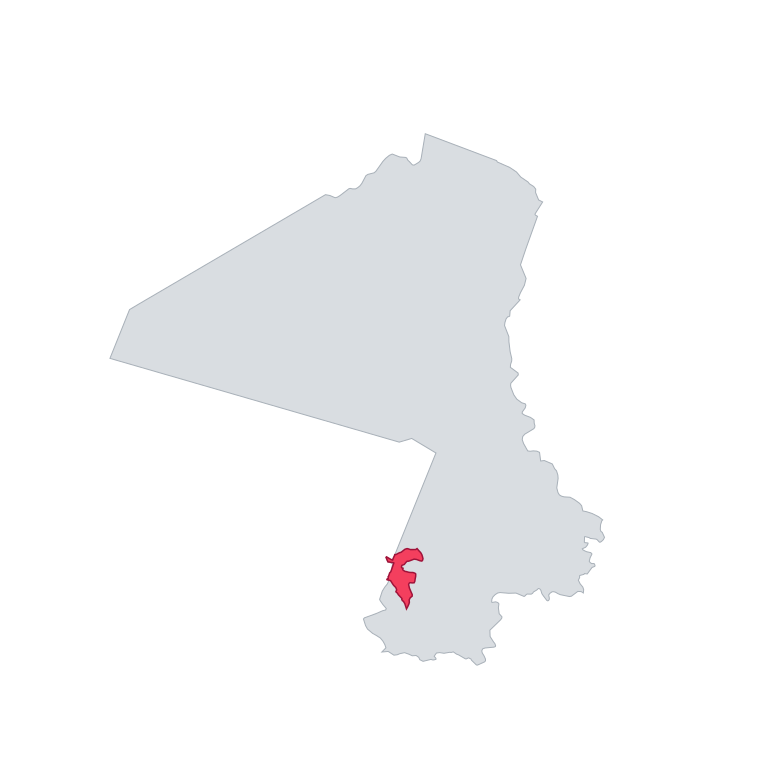 Nioro, Kayes, Mali (highlighted), rotated 292°
{"feature_id": "8926073B70352921020870", "entity_name": "Nioro", "entity_type": "district", "adm_level": 2, "iso_a3": "MLI", "parent_name": "Mali", "parent_adm1": "Kayes", "projection": "natural_earth1", "projection_center": [-9.59, 15.152], "detail": "fine", "context": "in_parent", "style": "filled", "palette": "rose", "viewbox_px": 768, "rotation_deg": 292, "n_neighbors": 0, "source": "geoboundaries", "source_scale": "gbopen_adm2", "svg_char_len": 5453}
<svg xmlns="http://www.w3.org/2000/svg" viewBox="0 0 768 768"><g transform="rotate(292 384 384)"><path d="M161.6,567.6L161.8,565.0L159.8,563.1L159.7,562.2L160.8,554.5L160.7,552.5L161.6,548.6L160.2,546.8L159.9,545.5L156.8,540.5L155.8,536.2L154.2,533.4L150.4,532.5L149.1,534.9L148.2,535.3L146.8,533.6L146.3,532.1L146.3,530.8L141.5,524.1L141.8,520.5L143.6,518.6L144.3,515.5L142.6,512.0L142.8,508.5L142.6,503.7L139.8,499.6L137.9,497.7L136.3,494.8L137.6,488.1L134.7,482.4L140.1,484.6L142.6,482.5L145.0,479.6L147.1,475.8L148.0,471.0L148.5,466.9L150.6,460.5L153.1,457.4L158.4,453.0L159.8,453.4L168.4,462.9L173.3,467.7L175.1,470.2L176.7,470.2L179.1,465.6L181.7,461.6L182.7,460.6L191.3,460.0L195.9,460.8L199.9,462.0L205.6,462.3L220.5,459.3L220.7,457.4L220.5,455.2L221.1,453.5L222.4,451.9L223.4,451.5L223.9,456.9L225.1,457.7L228.7,458.0L339.5,458.0L343.9,430.1L335.8,419.9L305.1,120.3L357.7,120.2L366.8,127.1L537.6,258.8L538.5,263.1L538.4,268.9L539.7,270.7L542.2,272.6L551.9,278.3L552.7,279.4L553.1,281.7L554.3,284.6L556.4,286.2L558.8,287.5L561.7,288.3L570.4,289.2L572.3,290.5L576.1,295.7L578.2,296.8L590.0,299.6L593.8,301.0L598.0,303.3L600.3,305.5L600.4,313.6L602.1,318.9L602.1,320.3L600.3,322.5L599.8,324.0L597.8,328.2L598.2,329.9L602.4,333.1L604.4,334.0L606.8,334.0L631.5,328.5L633.3,404.7L632.3,405.9L631.9,419.4L630.2,427.4L627.1,433.3L625.2,442.0L624.1,443.8L623.2,448.8L621.5,451.7L618.3,452.8L612.6,458.4L612.2,462.9L598.7,460.4L597.8,460.5L597.3,461.1L597.0,463.5L562.5,464.9L545.6,465.9L535.1,476.2L528.1,477.2L519.5,476.3L515.0,476.3L513.3,476.9L513.0,478.7L499.2,473.5L494.1,475.1L493.3,474.6L492.6,473.5L490.1,472.8L486.2,473.1L483.3,473.9L474.7,482.0L470.0,484.0L461.3,488.8L455.3,493.0L453.1,493.8L449.7,494.0L446.8,494.9L444.4,504.2L442.7,505.1L432.2,501.3L430.1,501.9L428.3,503.0L422.6,508.4L419.7,512.8L418.2,518.6L418.5,522.4L417.5,523.5L414.8,523.9L409.9,522.7L408.4,523.2L407.8,526.0L407.9,532.3L406.9,536.6L404.0,537.9L401.8,539.6L400.1,540.0L398.6,539.6L390.2,533.3L387.3,532.3L384.2,533.0L381.1,535.7L375.8,542.3L376.4,544.7L377.9,547.4L379.0,550.8L378.9,553.8L371.3,558.1L373.1,561.3L372.9,570.0L369.4,573.9L368.1,576.5L364.7,579.3L361.7,580.8L352.4,583.1L348.6,585.9L346.9,588.1L346.5,590.5L346.8,593.2L348.7,598.9L348.1,604.1L346.6,610.1L345.2,612.8L340.8,615.9L341.5,619.8L341.9,625.5L341.3,632.8L339.9,637.7L338.9,637.2L334.7,637.5L330.2,639.0L328.6,640.3L328.2,641.9L324.4,645.9L321.9,645.7L319.4,644.6L318.2,643.6L318.1,642.9L319.6,639.7L319.6,638.6L318.1,633.1L318.4,631.7L317.8,627.4L317.4,627.2L312.4,629.0L312.2,629.8L313.0,632.6L312.5,633.0L310.7,632.9L308.2,632.1L305.5,629.6L304.8,630.4L304.5,632.4L304.4,634.7L305.1,638.9L304.3,640.5L300.1,640.2L296.5,640.7L295.6,642.2L295.3,643.9L296.1,645.8L296.0,646.6L294.5,647.8L293.8,647.7L291.8,645.6L284.0,643.6L283.3,640.8L282.4,640.7L279.8,637.2L278.8,637.4L277.9,637.9L274.9,637.7L272.2,640.7L270.2,644.4L268.1,646.2L264.9,647.1L265.4,644.7L264.3,641.4L257.5,637.3L256.4,635.6L254.7,626.3L254.8,623.5L255.2,621.1L255.0,619.2L254.3,617.7L252.2,616.3L250.1,615.7L247.4,617.5L246.1,617.9L244.9,617.7L244.3,617.1L244.3,616.1L247.3,611.1L248.7,609.0L251.6,606.6L252.3,605.4L252.4,604.4L252.1,603.7L250.2,602.8L247.2,600.5L245.6,600.2L244.3,599.2L242.9,595.5L242.2,594.8L240.8,594.4L239.5,593.5L239.6,584.7L236.7,578.1L234.1,569.7L232.8,567.7L230.4,566.0L227.6,564.8L225.0,564.6L222.1,565.5L222.1,566.3L223.8,569.0L224.0,570.5L223.8,571.9L223.2,572.9L219.3,573.9L214.1,576.9L212.4,580.5L211.2,580.9L209.2,580.5L195.4,574.4L189.6,577.0L185.8,582.3L184.9,584.0L183.2,585.5L182.2,585.6L181.2,584.5L177.1,576.6L175.4,574.7L173.2,574.6L171.4,575.9L169.4,578.6L167.0,581.1L165.4,581.8L164.1,581.4L158.4,576.0L158.1,574.9L160.7,568.6L161.6,567.6Z" fill="#d9dde1" stroke="#a8b0b8" stroke-width="1"/><path d="M197.9,489.6L199.4,489.0L201.4,486.9L204.2,484.1L207.2,482.0L208.5,481.9L209.5,482.4L210.2,484.8L211.0,486.4L212.6,486.5L214.6,486.0L217.6,485.4L219.7,484.6L220.0,484.2L220.2,483.1L220.1,482.9L220.1,481.6L219.2,479.2L218.7,477.5L218.4,474.7L218.1,473.6L218.6,471.4L219.2,470.7L219.6,470.6L219.8,470.7L220.3,470.7L220.3,470.1L220.3,469.2L220.6,468.9L221.5,468.6L222.5,468.5L224.3,470.4L227.0,471.2L228.3,471.8L229.0,473.3L231.2,475.7L232.9,477.5L233.5,479.9L233.6,483.6L234.0,485.4L235.0,485.8L236.6,485.6L238.3,484.4L240.0,483.0L241.4,481.2L242.5,478.8L243.8,476.3L242.4,475.4L240.4,470.6L240.2,467.8L240.0,467.0L239.1,465.9L238.6,465.3L234.4,462.9L233.5,461.7L232.2,460.5L231.8,460.2L230.3,458.9L230.0,458.0L229.9,457.9L228.5,458.0L226.9,457.9L226.0,457.9L225.1,457.9L224.1,458.0L224.0,457.9L223.9,457.4L223.9,457.1L224.0,455.5L224.2,454.4L224.3,453.3L224.4,453.2L224.5,452.4L224.6,451.8L224.7,451.1L224.0,450.8L223.0,451.8L220.6,454.2L220.5,454.3L220.8,455.3L220.9,455.5L221.2,457.0L221.9,460.0L221.7,460.2L221.2,460.2L219.7,460.3L219.2,460.3L218.7,460.3L217.6,460.4L213.5,460.6L213.2,460.6L212.9,460.6L212.7,460.6L212.4,460.6L212.1,460.5L211.7,460.3L211.3,460.1L210.9,460.0L209.7,460.1L207.4,460.2L207.1,460.2L206.7,460.0L205.9,460.6L205.5,460.6L205.2,460.7L204.6,460.1L204.3,459.9L203.8,459.9L203.6,460.2L204.0,462.6L204.0,462.9L204.1,463.8L201.8,467.0L200.9,468.4L199.8,471.0L198.8,472.1L197.8,472.9L196.0,472.8L195.6,473.2L195.1,474.8L194.0,476.2L193.7,476.9L192.5,479.5L191.9,480.9L190.9,481.2L190.0,482.2L189.8,483.4L188.1,485.6L183.9,489.1L186.4,489.4L189.4,489.5L191.1,489.3L193.3,488.2L195.6,488.4L197.9,489.6Z" fill="#f43f5e" stroke="#9f1239" stroke-width="1.5"/></g></svg>